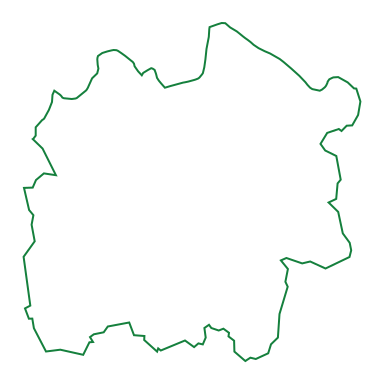 outline of Staro Nagorichane, Staro Nagoričane, North Macedonia
{"feature_id": "65306769B92481103020830", "entity_name": "Staro Nagorichane", "entity_type": "district", "adm_level": 2, "iso_a3": "MKD", "parent_name": "North Macedonia", "parent_adm1": "Staro Nagoričane", "projection": "orthographic", "projection_center": [21.915, 42.232], "detail": "fine", "context": "isolated", "style": "outline", "palette": "green", "viewbox_px": 384, "rotation_deg": 0, "n_neighbors": 0, "source": "geoboundaries", "source_scale": "gbopen_adm2", "svg_char_len": 2231}
<svg xmlns="http://www.w3.org/2000/svg" viewBox="0 0 384 384"><path d="M325.5,268.5L349.5,257.0L351.2,250.3L349.7,242.8L342.8,233.4L338.2,211.9L328.6,202.5L336.2,198.9L337.6,183.4L340.7,179.7L336.3,156.0L325.2,150.5L320.5,143.9L327.2,132.9L338.8,129.0L341.5,131.0L346.7,125.7L352.2,125.4L358.1,115.0L360.4,101.5L356.3,88.6L354.0,88.4L347.7,82.4L338.2,77.1L333.3,77.4L331.7,78.1L329.3,79.3L327.7,81.6L327.4,82.9L326.7,84.4L326.0,85.8L324.8,87.3L322.0,89.6L319.8,90.7L312.3,89.1L310.1,87.7L307.4,84.8L305.4,82.2L299.3,75.8L291.2,68.5L283.7,62.1L279.7,59.0L270.1,53.5L264.7,51.2L258.5,48.1L253.6,44.8L250.6,42.1L247.6,39.8L245.3,38.2L243.1,36.5L236.8,31.4L230.1,27.4L225.3,23.2L221.7,23.0L217.5,24.3L209.6,27.1L209.3,29.0L208.8,36.9L206.5,48.9L205.4,59.5L204.3,67.2L202.9,73.1L202.1,74.3L199.4,77.6L198.0,78.6L195.4,79.6L193.7,80.1L188.2,81.6L184.9,82.3L183.1,82.6L176.5,84.4L170.6,86.0L164.9,87.7L161.2,83.5L158.8,80.6L157.0,77.8L156.2,74.5L155.8,73.2L154.6,69.9L152.6,68.6L151.2,68.2L147.6,70.2L143.2,72.9L141.8,75.3L138.1,71.3L134.6,66.3L134.0,63.7L132.9,62.1L125.2,55.9L121.3,53.1L117.9,50.8L116.5,50.2L113.6,50.0L111.5,50.4L107.4,51.4L102.3,53.0L98.0,56.0L97.5,57.6L97.3,59.3L97.7,64.8L98.4,68.6L97.2,73.4L92.1,78.3L88.4,86.5L88.0,87.5L86.7,89.7L85.9,90.6L76.8,98.0L75.6,98.5L71.8,99.0L64.6,98.3L63.8,98.2L62.4,97.6L61.5,96.3L60.8,95.5L59.7,94.5L54.3,90.7L52.5,94.8L52.0,102.0L48.9,109.9L44.2,118.5L43.5,119.2L42.1,120.1L35.7,127.3L35.7,135.6L33.3,138.8L32.8,139.1L42.6,148.6L55.9,175.2L43.9,173.4L36.0,180.0L32.7,187.6L24.0,187.9L29.1,210.0L33.4,215.2L31.6,224.7L34.7,241.3L23.6,256.8L30.3,305.6L25.0,308.4L28.9,318.7L32.3,318.6L33.9,328.2L46.0,351.5L60.3,349.7L83.2,354.8L89.4,342.3L93.0,342.0L90.0,337.1L93.8,334.3L103.7,332.3L107.8,326.5L129.2,322.5L134.0,335.2L144.4,336.0L144.2,340.0L157.1,351.6L158.2,348.4L160.8,350.5L185.0,340.5L194.1,347.1L198.4,343.4L202.8,344.4L205.7,337.6L204.4,328.0L209.0,324.8L211.3,328.0L218.7,330.5L223.4,328.7L229.0,332.8L228.5,336.4L234.1,340.7L234.4,351.6L245.3,361.0L250.4,357.7L255.8,359.0L268.2,353.3L271.0,344.3L277.9,337.6L279.5,314.0L287.7,286.7L285.4,281.8L287.9,269.0L280.9,260.4L286.4,258.0L302.2,263.4L310.2,261.5L325.5,268.5Z" fill="none" stroke="#15803d" stroke-width="2"/></svg>